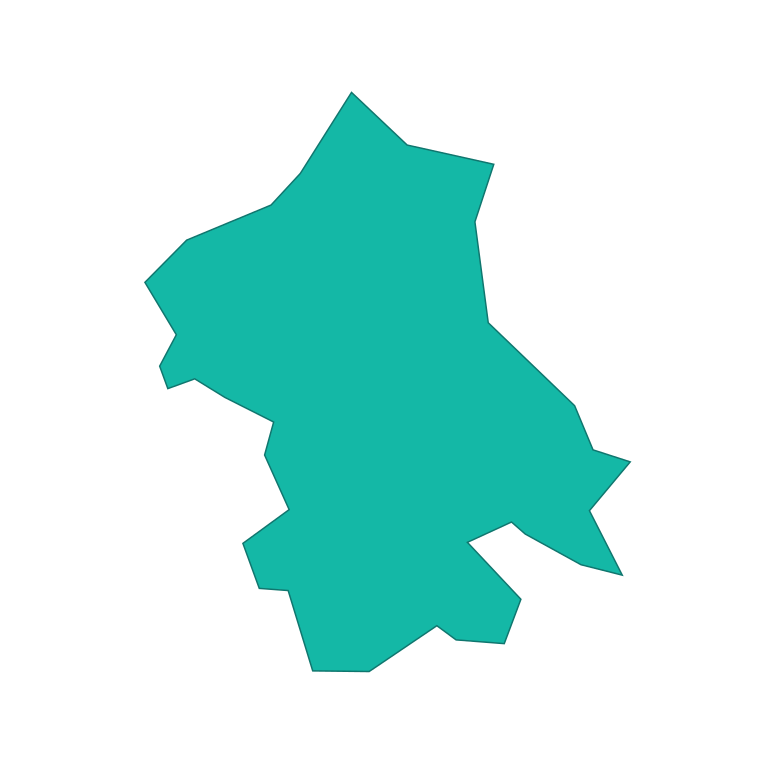 the border of Priekules, rotated 160°
{"feature_id": "LVA-5715", "entity_name": "Priekules", "entity_type": "Municipality", "adm_level": 1, "iso_a3": "LVA", "parent_name": "Latvia", "parent_adm1": "", "projection": "mercator", "projection_center": [21.576, 56.419], "detail": "fine", "context": "isolated", "style": "filled", "palette": "teal", "viewbox_px": 768, "rotation_deg": 160, "n_neighbors": 0, "source": "natural_earth", "source_scale": "10m", "svg_char_len": 602}
<svg xmlns="http://www.w3.org/2000/svg" viewBox="0 0 768 768"><g transform="rotate(160 384 384)"><path d="M573.9,561.3L520.2,586.7L428.9,590.8L390.6,610.5L314.8,669.1L280.5,600.6L205.7,552.9L243.1,505.3L265.1,405.9L212.3,298.4L210.1,250.6L179.3,226.6L234.3,194.7L225.5,122.9L260.7,146.8L302.6,194.7L311.4,210.7L359.8,206.7L329.0,134.9L359.8,98.9L403.8,118.9L417.0,138.8L496.3,118.9L549.1,138.8L544.7,222.7L571.1,234.6L571.1,282.5L516.1,298.4L520.5,358.1L500.7,386.0L538.1,425.8L560.1,453.6L588.7,453.6L588.7,477.5L562.3,501.3L573.9,561.3Z" fill="#14b8a6" stroke="#0f766e" stroke-width="1.5"/></g></svg>